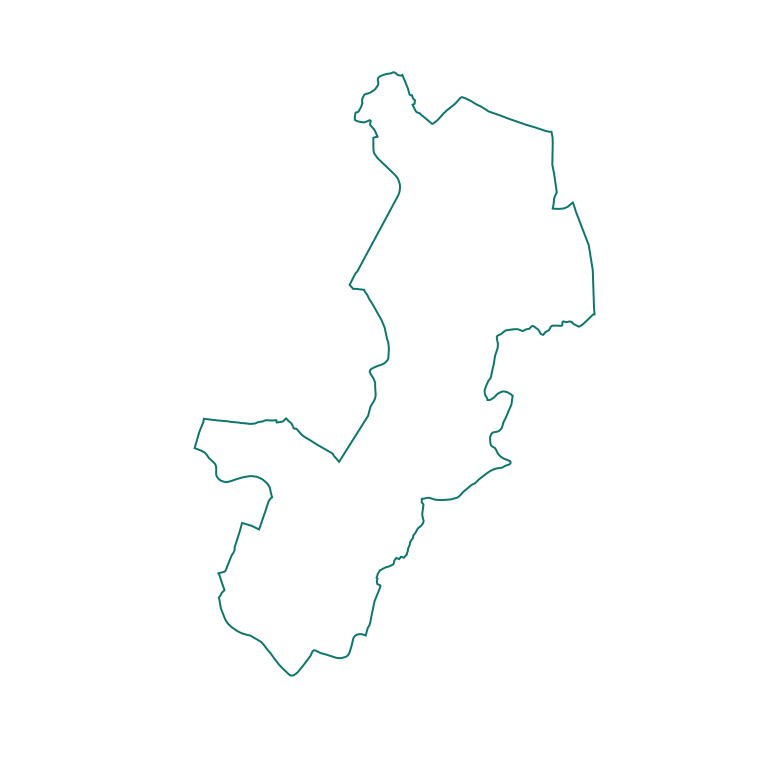 the district of Khai Bang Rachan, Sing Buri, Thailand, rotated 298°
{"feature_id": "78962969B1658466470104", "entity_name": "Khai Bang Rachan", "entity_type": "district", "adm_level": 2, "iso_a3": "THA", "parent_name": "Thailand", "parent_adm1": "Sing Buri", "projection": "albers", "projection_center": [100.295, 14.826], "detail": "fine", "context": "isolated", "style": "outline", "palette": "teal", "viewbox_px": 768, "rotation_deg": 298, "n_neighbors": 0, "source": "geoboundaries", "source_scale": "gbopen_adm2", "svg_char_len": 6142}
<svg xmlns="http://www.w3.org/2000/svg" viewBox="0 0 768 768"><g transform="rotate(298 384 384)"><path d="M118.3,337.9L116.2,340.0L109.3,345.3L102.2,353.6L100.8,355.5L99.1,358.8L97.9,363.1L97.0,370.0L97.0,371.7L97.1,375.0L97.4,376.8L98.3,381.2L98.9,383.3L99.1,384.8L98.6,396.6L97.1,400.7L94.7,405.8L92.8,410.8L90.0,416.1L86.9,423.2L85.5,427.4L83.0,436.3L82.7,437.7L82.9,438.6L83.4,439.7L84.4,440.9L87.0,442.4L89.3,443.2L97.2,444.8L109.3,446.7L114.6,446.4L115.9,447.2L116.4,447.9L116.6,448.9L116.6,453.1L116.8,455.0L118.0,460.1L119.8,470.2L120.5,472.4L121.7,474.6L124.8,478.1L126.8,479.3L128.4,479.7L130.0,479.7L136.8,478.5L144.8,476.4L146.3,476.3L147.7,476.5L149.6,477.6L151.1,479.1L151.9,480.2L152.9,482.6L153.4,485.9L159.9,484.4L161.4,484.2L163.9,484.4L167.4,483.7L173.4,481.8L187.8,477.6L201.6,476.2L202.4,475.9L204.0,475.7L204.4,475.4L204.3,471.9L206.7,470.1L208.9,469.8L209.1,468.7L209.4,468.4L210.7,468.3L212.1,468.0L212.6,467.7L216.2,467.8L217.5,467.9L221.4,470.5L223.4,472.0L224.9,473.8L229.1,476.9L230.6,476.7L233.0,476.0L236.2,476.5L236.5,479.6L239.4,480.1L239.9,483.0L240.2,483.1L244.3,484.2L245.2,483.7L247.5,483.5L250.2,482.5L254.1,482.2L256.6,481.3L259.3,481.5L261.3,481.9L264.2,481.0L267.1,481.6L272.4,481.7L276.4,483.4L278.0,483.7L279.4,483.8L280.7,483.6L281.8,483.2L285.2,480.1L287.1,478.8L296.0,475.5L296.6,474.5L297.0,473.0L300.4,471.3L301.4,472.9L303.7,475.5L304.7,477.3L305.9,483.5L307.9,488.1L308.6,489.5L313.6,497.4L317.9,501.9L319.7,502.9L321.9,503.7L325.9,504.6L335.7,508.6L337.2,509.5L339.3,511.1L344.1,512.5L353.0,516.5L356.8,518.5L359.0,520.0L362.2,522.9L365.7,527.7L368.6,529.4L371.7,532.3L373.1,532.9L373.5,532.9L374.3,532.5L375.1,531.5L374.4,524.9L374.5,522.3L374.8,520.4L376.1,517.1L378.6,513.7L379.6,511.6L379.7,508.6L379.9,507.9L380.5,506.9L382.2,505.3L386.5,502.8L387.5,502.5L389.2,502.3L390.3,502.3L391.8,502.7L392.7,503.3L395.1,506.4L396.6,507.6L398.7,508.3L401.0,508.6L406.4,507.4L411.4,507.4L418.3,506.7L425.5,506.2L434.0,503.1L434.6,500.3L434.6,496.3L434.0,494.1L433.3,492.5L432.3,491.5L430.2,489.8L427.3,488.4L426.0,488.2L423.7,487.4L420.7,485.9L419.3,484.6L418.4,482.8L419.8,481.9L421.3,479.1L422.8,477.6L424.2,476.6L425.3,476.0L426.4,475.6L432.1,474.9L436.1,474.7L438.9,475.3L440.8,475.0L446.5,473.3L451.7,472.0L461.1,468.8L468.9,467.5L472.9,465.8L476.6,462.7L478.7,461.4L479.1,461.4L479.8,461.5L483.2,464.0L487.5,465.7L488.9,466.9L493.1,472.6L494.9,475.7L495.3,477.0L495.7,480.8L496.1,481.8L497.0,482.5L498.6,483.5L501.1,486.4L504.1,487.2L505.0,487.9L505.2,488.8L505.1,490.1L504.5,494.2L504.0,495.7L502.5,497.6L501.9,499.0L501.9,500.9L502.2,501.5L505.6,502.2L509.1,504.4L512.9,504.4L513.9,504.8L515.1,506.1L518.4,512.8L518.9,513.5L519.6,513.7L522.5,512.6L523.4,512.9L524.2,516.0L526.2,518.3L526.9,520.1L526.9,520.7L526.3,521.9L526.0,523.4L526.1,528.9L526.3,529.4L528.8,530.9L530.5,531.7L535.1,533.3L543.6,536.0L544.3,537.2L550.0,533.6L582.5,514.9L602.6,499.7L626.8,471.9L630.9,467.9L632.9,465.5L626.7,463.0L623.9,460.8L622.9,459.6L620.9,456.5L619.1,453.0L618.1,450.6L622.5,449.3L627.5,447.2L630.0,446.7L634.3,446.6L648.4,436.3L656.9,429.5L675.0,420.4L680.5,417.3L685.3,413.5L684.3,411.4L683.3,408.0L681.6,397.5L679.6,387.8L676.6,368.4L675.6,360.0L673.8,348.6L673.8,347.6L674.1,345.9L674.5,339.3L674.3,333.7L674.7,327.8L674.4,321.4L674.0,318.6L673.7,317.9L672.4,317.1L665.8,315.5L663.8,314.8L655.3,311.1L650.5,309.5L643.2,307.7L640.6,306.8L637.0,305.1L636.4,304.6L636.3,304.1L638.4,294.5L638.9,291.2L639.8,288.3L639.7,287.3L639.3,286.0L639.5,284.5L643.9,278.1L644.2,278.2L645.2,279.1L645.8,279.4L649.0,278.2L649.7,275.7L652.1,273.1L651.3,271.6L651.4,271.2L651.7,270.6L656.3,266.2L665.5,255.1L664.2,254.3L663.5,252.1L663.4,250.4L664.0,248.2L664.0,246.7L663.2,245.5L661.5,244.3L660.2,242.4L658.1,239.8L655.6,237.4L653.1,235.7L651.7,235.2L650.5,235.3L649.0,236.1L647.1,237.7L645.5,238.4L644.3,238.3L640.7,237.9L638.8,237.3L635.2,235.3L633.5,233.9L631.1,231.4L630.0,230.8L627.1,230.8L625.5,231.0L623.8,231.6L621.6,233.2L620.0,233.3L617.8,233.7L612.8,233.6L611.7,233.1L610.6,231.8L610.0,231.6L605.6,233.0L603.6,234.4L603.4,235.4L603.8,238.5L605.5,243.4L608.3,246.1L610.1,247.4L610.3,248.0L610.1,248.7L607.3,249.6L606.0,250.4L604.5,254.9L603.9,256.2L599.8,261.7L599.2,262.2L598.2,260.7L596.3,259.0L586.4,264.4L584.1,266.0L582.9,267.3L580.3,272.5L573.9,295.2L572.8,298.1L571.4,300.4L568.2,303.8L566.6,305.0L563.9,306.4L560.8,307.5L557.4,308.0L471.0,307.6L470.3,307.5L469.4,307.1L467.5,306.9L455.4,307.1L453.5,312.2L454.2,313.3L454.8,314.5L457.8,322.2L456.4,324.1L454.4,328.0L452.2,330.8L449.7,335.4L439.3,351.8L433.9,358.3L425.1,365.6L423.2,367.8L418.5,371.1L415.9,372.5L408.6,375.8L407.0,375.9L405.5,375.6L404.2,375.3L401.8,374.2L399.2,372.2L397.6,370.5L394.5,367.9L391.7,366.0L391.1,365.6L389.2,365.3L387.8,365.8L386.2,368.1L384.0,372.1L381.1,375.5L377.2,377.6L371.4,381.2L369.2,382.3L367.4,382.8L364.9,383.1L358.2,382.7L356.2,383.0L348.6,384.9L294.3,380.9L297.1,373.3L298.2,371.8L298.5,370.7L299.0,354.6L299.3,349.7L299.7,345.2L299.9,339.2L300.4,335.9L300.9,334.0L301.7,332.2L302.0,331.2L303.3,328.2L303.0,326.8L302.5,325.7L302.5,325.1L304.5,322.6L305.9,320.4L306.4,317.3L307.7,313.9L307.3,313.5L304.0,312.6L302.6,311.4L299.7,307.4L299.8,307.1L301.3,306.2L301.5,305.9L299.6,303.0L296.5,296.6L293.6,294.1L292.9,292.7L292.3,292.3L291.1,290.6L289.1,289.2L288.4,288.4L285.9,284.6L284.1,279.8L282.3,275.9L281.8,273.9L278.4,266.0L277.8,263.6L276.4,260.7L275.1,257.3L273.8,254.4L268.7,241.3L265.3,242.4L255.2,243.4L238.5,246.9L239.3,253.7L239.3,257.8L238.1,261.1L236.5,264.0L234.8,270.4L234.0,272.5L232.9,273.9L231.4,275.1L225.5,278.2L224.8,278.8L223.9,279.7L223.1,281.2L222.3,283.2L222.1,285.7L222.7,289.1L223.4,291.1L225.7,293.7L231.4,299.1L235.5,303.4L237.9,306.4L239.9,309.1L242.1,314.4L242.5,315.9L242.8,321.1L242.1,324.7L241.1,328.2L238.9,331.8L234.5,335.5L231.4,338.4L229.6,337.5L226.1,337.2L217.1,338.8L196.9,342.0L196.7,335.0L196.5,332.9L194.7,323.9L186.3,325.8L169.8,328.8L167.0,330.1L163.9,330.3L161.6,329.9L145.2,331.7L144.1,331.7L143.4,331.3L139.1,326.7L138.2,328.2L131.8,334.8L127.1,340.0L123.7,338.8L119.8,338.9L118.0,338.3L118.3,337.9Z" fill="none" stroke="#0f766e" stroke-width="2"/></g></svg>